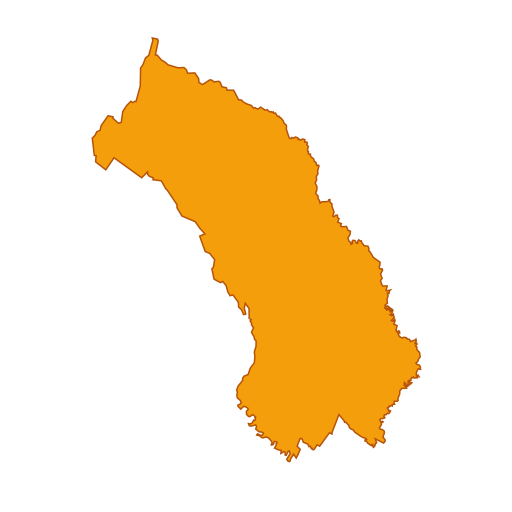 Famallá, Tucumán, Argentina, rotated 10°
{"feature_id": "61730980B2044576725385", "entity_name": "Famallá", "entity_type": "district", "adm_level": 2, "iso_a3": "ARG", "parent_name": "Argentina", "parent_adm1": "Tucumán", "projection": "natural_earth1", "projection_center": [-65.4, -26.978], "detail": "fine", "context": "isolated", "style": "filled", "palette": "amber", "viewbox_px": 512, "rotation_deg": 10, "n_neighbors": 0, "source": "geoboundaries", "source_scale": "gbopen_adm2", "svg_char_len": 6124}
<svg xmlns="http://www.w3.org/2000/svg" viewBox="0 0 512 512"><g transform="rotate(10 256 256)"><path d="M81.7,191.1L93.1,197.2L99.1,183.9L129.8,198.8L134.6,192.0L135.2,194.4L137.0,196.0L141.3,196.9L141.3,198.8L149.7,198.4L155.6,205.6L157.3,206.7L169.3,219.2L169.8,222.2L176.1,229.5L190.3,232.8L195.6,238.2L201.8,243.1L197.1,246.2L205.2,260.4L210.0,261.5L215.9,266.8L216.0,274.5L214.8,276.3L218.7,286.1L225.7,288.4L227.7,286.9L231.7,290.3L234.5,296.3L237.4,299.6L240.0,298.3L246.6,304.6L247.8,309.4L250.9,311.3L253.9,315.8L256.0,315.0L253.5,309.3L253.7,304.4L258.3,309.0L260.1,318.6L262.3,319.6L261.5,321.0L263.3,322.9L263.5,324.6L266.0,327.1L264.8,332.0L268.2,336.0L269.0,338.2L270.9,339.8L271.7,345.0L271.0,350.8L272.3,355.0L272.9,361.4L269.8,367.5L268.8,374.1L265.1,376.4L264.1,378.6L264.4,381.0L261.0,387.1L260.2,391.4L261.3,393.3L261.3,396.5L262.3,399.0L265.5,400.9L266.8,402.6L266.6,404.1L264.1,406.0L264.2,407.0L267.6,409.5L269.8,406.4L271.6,406.2L274.6,407.5L274.8,408.7L273.5,410.6L274.1,413.4L276.4,415.3L277.9,415.2L280.3,412.8L283.6,414.6L283.0,415.2L283.9,417.5L283.2,418.2L282.1,418.1L281.3,421.0L279.5,422.4L277.7,422.3L278.8,424.3L280.7,424.4L285.0,422.4L286.2,423.7L285.7,426.4L289.5,428.6L292.5,428.4L294.1,429.2L293.3,431.4L291.8,431.8L288.3,430.9L287.8,432.3L290.7,432.3L292.9,433.8L294.8,433.8L297.3,432.4L299.8,432.9L303.5,435.8L304.4,437.5L303.7,439.0L304.0,439.5L305.8,438.6L306.3,435.4L308.5,435.4L309.2,436.4L308.4,437.3L308.8,438.9L307.6,441.9L311.2,443.0L314.6,443.0L314.8,446.1L317.6,443.7L318.8,444.3L319.3,447.0L320.3,447.1L321.6,442.7L322.6,442.2L323.9,444.6L321.6,450.9L322.8,452.3L324.4,452.7L325.1,452.3L325.3,450.0L327.4,444.7L330.7,448.0L331.7,444.9L333.1,438.7L329.5,436.1L331.2,427.9L333.3,428.3L334.9,431.2L339.6,432.2L341.4,434.6L342.7,434.0L343.5,435.6L344.6,435.6L344.7,436.5L345.8,436.9L346.8,436.5L349.0,431.3L351.7,432.3L359.0,417.4L361.8,418.1L361.5,416.8L365.2,397.8L371.5,403.1L372.1,404.4L373.0,404.0L376.9,406.7L377.5,408.4L379.2,409.8L382.1,410.4L383.8,412.3L389.4,414.9L393.3,416.4L394.9,416.1L396.7,417.4L395.2,418.3L395.6,419.3L397.1,419.3L398.7,421.1L402.4,422.7L403.0,421.5L404.8,424.1L405.9,422.8L405.2,421.7L406.2,421.3L406.2,420.0L407.2,419.1L405.2,415.3L414.1,418.1L415.2,416.3L415.2,414.7L412.5,412.3L413.1,407.9L412.7,406.2L410.6,405.0L408.5,405.0L407.4,403.8L408.8,400.4L408.4,398.8L410.0,397.3L409.3,396.8L407.6,397.6L406.4,396.1L407.3,394.4L410.2,393.7L410.9,392.6L409.8,391.9L410.0,390.1L411.7,389.7L412.7,388.0L414.1,388.2L415.3,385.9L415.3,385.2L413.4,385.4L413.3,384.2L412.1,383.6L411.9,382.5L413.0,382.1L412.9,380.9L414.1,380.8L415.3,379.7L416.2,380.0L416.0,378.7L418.3,377.8L417.5,376.9L417.3,375.0L420.3,374.5L421.1,373.5L420.5,371.7L421.5,366.7L421.0,364.0L422.6,361.0L427.3,360.1L426.9,359.0L424.2,357.4L424.2,354.9L425.9,356.1L426.0,357.5L426.9,357.1L426.7,358.2L428.2,358.0L427.9,355.7L429.5,356.4L430.0,354.9L430.9,354.9L431.4,353.8L428.8,354.2L427.4,353.3L428.3,352.0L429.2,352.8L429.4,351.8L430.2,351.7L430.0,350.1L430.6,348.6L431.5,348.7L432.0,347.8L432.9,348.7L436.1,347.9L436.2,346.4L437.4,346.5L436.3,345.2L435.9,346.4L434.8,346.4L434.1,343.1L435.3,338.9L437.7,339.1L437.2,336.9L436.0,335.2L433.0,334.6L432.1,333.5L433.7,331.7L433.9,329.4L435.2,326.9L433.8,322.6L430.8,320.3L430.0,317.4L429.0,317.2L429.0,316.0L429.9,314.8L429.3,313.9L427.8,314.5L428.6,311.7L427.9,310.1L427.3,311.1L423.0,313.4L421.5,311.3L419.9,311.7L418.4,310.4L415.8,310.3L414.3,311.4L411.2,310.4L409.1,307.3L409.3,306.1L409.8,307.0L410.9,307.0L410.4,305.3L409.7,305.0L407.7,306.1L406.8,304.7L407.0,300.0L403.6,299.2L404.2,295.7L403.7,294.4L402.3,296.4L400.5,296.1L402.8,292.7L401.4,289.5L400.2,291.3L398.1,290.6L399.7,289.5L400.2,285.7L399.6,285.6L397.9,287.6L396.7,285.8L399.3,285.6L399.6,285.0L396.6,283.7L395.6,285.7L394.2,286.5L393.9,285.5L395.4,284.3L395.8,283.1L394.0,282.2L392.9,283.2L392.7,285.3L392.0,285.0L391.8,281.6L393.6,279.6L392.5,275.9L393.0,272.3L391.8,269.8L393.5,269.8L393.4,267.5L394.2,266.2L391.4,267.4L390.1,267.2L390.4,262.7L386.2,263.6L385.1,262.7L382.9,258.6L384.1,256.1L381.8,252.2L383.1,247.8L382.3,246.7L381.1,247.3L379.7,246.6L379.2,244.9L379.6,243.8L379.3,240.6L371.8,237.0L367.6,232.1L366.2,231.4L365.8,228.8L364.6,226.9L360.7,227.1L357.9,224.4L357.0,222.7L355.9,223.2L354.5,222.2L353.6,223.8L353.9,225.9L352.8,225.9L350.7,223.6L348.7,223.7L348.1,225.0L348.9,226.9L347.6,228.0L346.9,226.4L344.8,225.0L343.4,222.2L344.8,218.8L344.7,215.2L342.2,214.7L340.0,211.2L335.6,212.3L334.0,211.7L334.5,209.3L330.6,208.5L331.3,204.8L329.7,204.1L329.1,201.7L327.4,202.0L326.0,203.8L324.5,203.3L325.3,199.4L322.2,193.9L321.7,191.4L319.4,190.1L319.0,187.6L317.9,188.0L317.9,189.0L316.9,190.0L311.5,191.2L309.9,192.8L309.0,190.5L307.1,188.6L306.7,186.2L304.0,184.1L303.8,182.9L304.5,180.9L303.9,176.9L301.6,173.9L302.5,170.6L301.6,167.3L302.7,163.9L301.9,161.9L302.4,156.3L301.8,155.8L300.1,156.3L298.7,153.3L297.1,152.8L295.8,150.2L292.6,148.6L291.9,146.2L290.6,146.6L289.5,145.8L289.8,144.4L288.6,143.7L288.2,141.3L288.6,139.2L286.7,137.6L286.9,136.0L286.4,135.0L284.1,135.4L283.9,132.9L281.4,132.7L280.1,134.1L278.3,133.4L277.4,134.0L276.6,132.3L274.0,132.0L272.8,133.3L270.7,133.1L269.9,134.5L268.2,134.0L263.8,125.7L263.6,123.1L262.7,121.5L260.8,120.6L259.1,117.9L256.1,115.4L255.1,115.5L254.4,114.4L253.0,114.8L250.3,111.8L248.6,112.3L247.9,111.1L246.8,111.8L246.1,111.2L244.0,111.6L241.7,109.9L239.8,110.8L234.6,108.6L233.0,110.6L231.4,110.9L229.3,110.1L227.7,110.7L225.3,108.6L220.0,107.7L216.4,106.4L214.9,105.0L211.7,105.1L205.2,96.6L198.7,97.7L197.6,95.4L193.1,95.3L190.6,91.2L189.0,90.4L184.4,91.8L182.0,90.5L180.0,90.5L173.5,96.5L169.7,95.0L168.7,91.3L164.0,86.3L156.9,87.9L155.3,84.9L152.3,82.9L146.5,84.2L136.2,83.0L132.4,80.7L128.9,79.5L123.8,75.3L122.0,75.5L122.4,61.4L121.4,59.5L116.0,59.3L117.0,61.3L115.6,77.0L112.8,80.1L111.4,87.4L109.7,90.9L112.5,108.7L111.0,124.8L110.1,124.6L107.9,126.3L105.8,125.4L102.4,130.5L99.7,136.9L100.1,147.8L97.4,149.1L91.0,145.1L91.1,143.8L86.0,143.5L80.9,154.4L80.6,159.3L77.6,161.4L76.6,165.0L74.3,168.4L79.3,185.0L81.1,185.0L81.7,191.1Z" fill="#f59e0b" stroke="#b45309" stroke-width="1.5"/></g></svg>